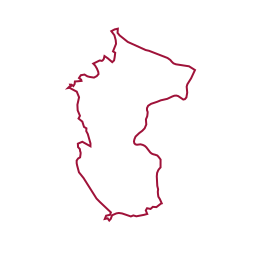 the border of Wakayama, rotated 37°
{"feature_id": "JPN-1854", "entity_name": "Wakayama", "entity_type": "Prefecture", "adm_level": 1, "iso_a3": "JPN", "parent_name": "Japan", "parent_adm1": "", "projection": "robinson", "projection_center": [135.481, 33.903], "detail": "fine", "context": "isolated", "style": "outline", "palette": "rose", "viewbox_px": 256, "rotation_deg": 37, "n_neighbors": 0, "source": "natural_earth", "source_scale": "10m", "svg_char_len": 2020}
<svg xmlns="http://www.w3.org/2000/svg" viewBox="0 0 256 256"><g transform="rotate(37 128 128)"><path d="M200.3,167.9L199.8,168.6L198.3,174.1L195.3,176.0L194.7,179.1L191.5,180.6L191.8,183.1L195.1,185.1L192.9,187.9L187.8,193.5L184.9,194.6L183.5,196.9L174.7,199.8L171.8,201.4L170.1,203.2L167.8,207.3L168.9,210.9L168.7,213.2L166.1,212.4L164.2,214.6L163.3,211.2L165.9,208.1L165.1,205.7L150.0,204.0L145.3,203.3L122.6,194.7L115.5,192.9L110.0,188.6L108.2,187.0L106.6,184.9L106.5,182.4L107.4,180.3L105.6,177.0L104.7,175.9L103.9,175.5L102.2,173.8L99.6,173.3L97.4,170.7L99.8,166.5L105.4,165.7L109.0,165.2L107.3,162.9L99.5,157.0L96.5,155.6L95.0,153.3L92.2,153.6L87.7,150.4L82.8,150.2L82.3,147.2L77.2,144.2L73.6,139.9L70.4,132.9L65.2,129.8L62.3,130.3L57.0,131.1L56.0,132.2L56.3,130.3L57.1,129.1L55.7,128.2L56.8,127.4L59.1,127.4L58.9,125.0L57.6,122.8L60.0,120.7L62.5,118.4L61.5,117.6L58.8,117.6L58.6,114.2L61.1,111.5L64.4,111.2L66.6,110.3L70.5,108.2L71.8,105.4L72.0,102.7L70.5,101.1L67.5,99.3L64.1,97.9L61.5,97.5L64.7,91.2L65.0,90.9L66.3,90.4L66.8,90.0L67.1,89.1L67.1,87.4L65.9,84.7L69.9,84.5L75.8,84.9L76.2,82.4L74.7,79.4L72.5,75.6L69.9,75.8L67.8,68.0L65.4,65.3L61.3,62.1L56.4,60.7L58.0,57.3L60.1,54.8L62.4,58.3L65.6,59.1L76.0,59.4L95.2,55.1L98.3,53.7L117.4,48.3L120.9,48.2L122.9,48.7L125.4,49.0L127.9,48.3L139.6,42.0L146.6,41.4L148.5,50.4L149.1,57.4L150.0,59.7L154.0,64.1L156.2,68.4L156.1,70.7L155.0,72.0L148.9,72.3L147.1,73.0L145.6,74.3L144.5,76.0L141.8,81.1L137.5,86.2L135.6,89.4L131.9,94.8L130.7,98.1L131.2,100.7L132.4,102.3L134.1,103.4L135.0,104.8L136.3,107.1L137.1,110.3L140.5,114.2L141.5,118.3L141.1,121.6L140.0,125.4L139.2,130.3L139.9,133.1L140.8,135.1L142.3,136.4L143.8,136.6L145.2,136.0L147.8,133.5L150.0,132.6L152.1,132.2L154.3,132.4L160.4,134.1L162.2,134.2L163.9,133.8L165.8,133.0L168.0,132.3L170.4,132.8L173.0,133.6L177.7,139.9L177.5,142.3L177.6,143.7L178.3,146.4L180.1,149.3L186.2,156.6L188.9,158.8L190.2,161.0L191.7,162.7L193.6,164.6L196.2,165.6L200.3,167.9Z" fill="none" stroke="#9f1239" stroke-width="2"/></g></svg>